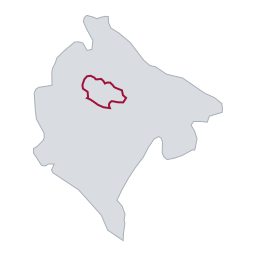 Montenegro, with Šavnik highlighted
{"feature_id": "MNE-1519", "entity_name": "Šavnik", "entity_type": "Municipality", "adm_level": 1, "iso_a3": "MNE", "parent_name": "Montenegro", "parent_adm1": "", "projection": "mercator", "projection_center": [19.144, 42.978], "detail": "fine", "context": "in_parent", "style": "outline", "palette": "rose", "viewbox_px": 256, "rotation_deg": 0, "n_neighbors": 0, "source": "natural_earth", "source_scale": "10m", "svg_char_len": 1618}
<svg xmlns="http://www.w3.org/2000/svg" viewBox="0 0 256 256"><path d="M108.4,16.6L108.2,18.3L108.7,23.2L110.9,28.0L118.7,32.9L130.2,42.5L143.8,60.3L150.0,65.6L155.6,66.8L166.5,74.2L174.1,76.0L182.6,78.0L204.8,93.3L214.7,97.8L221.8,103.5L222.5,108.9L222.2,112.3L209.4,116.2L207.2,122.2L201.0,121.5L193.5,121.4L191.1,125.2L194.7,131.4L197.0,138.7L195.1,148.7L194.5,150.1L192.7,149.7L182.1,155.5L174.3,158.2L167.2,159.6L163.9,156.8L162.2,153.0L162.5,142.0L161.2,138.3L158.8,136.5L154.0,139.1L148.3,147.6L143.1,157.5L135.2,167.8L128.8,177.6L121.8,190.0L117.0,200.2L122.0,206.0L125.0,214.0L124.1,220.0L124.9,223.5L123.4,234.0L123.1,240.6L107.7,230.1L101.3,215.2L78.8,190.0L52.9,172.8L51.5,170.0L53.0,166.7L54.2,164.1L48.8,163.9L45.1,166.0L41.5,165.4L37.4,158.9L33.6,153.3L33.5,148.4L35.2,147.7L37.8,145.8L43.2,140.3L44.3,137.4L44.0,133.0L36.4,119.1L35.3,110.1L34.2,93.3L35.8,89.3L38.6,87.4L52.0,85.3L51.8,72.2L52.6,68.2L55.3,62.8L57.0,57.8L64.4,50.6L74.5,42.1L78.9,41.8L82.8,43.0L87.1,50.4L91.9,49.4L92.9,40.6L86.6,29.0L83.3,21.6L84.3,17.5L86.7,15.4L92.0,16.7L97.1,18.7L100.4,17.4L105.5,16.3L108.4,16.6Z" fill="#d9dde1" stroke="#a8b0b8" stroke-width="1"/><path d="M91.7,76.3L94.2,77.5L95.8,79.3L97.9,79.3L101.2,78.9L103.5,81.1L104.9,83.5L107.0,82.6L110.1,82.6L112.9,85.3L114.2,87.1L116.0,88.0L122.0,90.4L122.0,90.7L123.0,95.3L126.1,97.9L124.7,100.2L123.2,102.4L118.2,102.3L111.8,101.1L110.1,102.3L109.0,104.2L109.2,106.4L109.9,108.1L103.6,107.3L98.1,104.9L94.9,102.6L90.5,99.6L87.1,98.1L88.1,97.3L87.6,91.8L83.0,88.7L82.4,85.0L84.3,79.4L87.0,76.3L90.6,75.8L91.7,76.3Z" fill="none" stroke="#9f1239" stroke-width="2"/></svg>